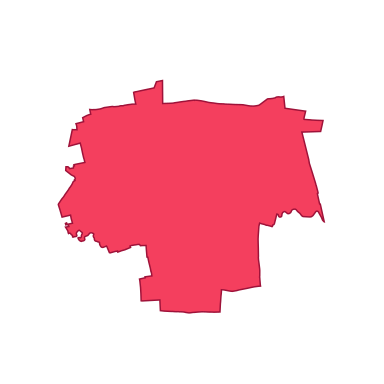 Andrieseni, Iasi, Romania (Albers equal-area conic projection), rotated 291°
{"feature_id": "2599482B25328150396087", "entity_name": "Andrieseni", "entity_type": "district", "adm_level": 2, "iso_a3": "ROU", "parent_name": "Romania", "parent_adm1": "Iasi", "projection": "albers", "projection_center": [27.294, 47.519], "detail": "fine", "context": "isolated", "style": "filled", "palette": "rose", "viewbox_px": 384, "rotation_deg": 291, "n_neighbors": 0, "source": "geoboundaries", "source_scale": "gbopen_adm2", "svg_char_len": 5961}
<svg xmlns="http://www.w3.org/2000/svg" viewBox="0 0 384 384"><g transform="rotate(291 192 192)"><path d="M232.4,67.0L228.3,69.6L227.4,68.3L225.5,66.2L222.2,63.3L218.8,65.6L214.2,59.2L212.6,60.5L211.9,60.9L208.9,62.3L208.4,60.8L207.7,59.1L207.5,58.6L207.4,57.9L190.6,60.6L197.6,70.1L193.6,73.0L189.2,75.8L185.2,78.5L183.7,79.7L181.2,81.4L176.4,73.8L175.6,72.6L175.1,72.0L174.2,72.8L173.7,72.1L171.9,72.7L169.9,69.2L170.7,68.5L171.1,67.1L170.4,65.3L166.8,66.4L164.7,73.2L164.4,76.2L164.3,76.6L163.8,77.3L162.9,78.2L162.7,78.2L162.0,78.2L161.6,78.1L161.2,77.9L160.7,78.6L160.4,78.3L159.6,77.7L159.0,77.4L157.0,77.3L155.4,77.1L152.4,76.4L152.0,76.2L149.6,75.8L144.3,74.4L141.6,73.9L139.0,73.0L138.5,72.9L137.4,72.6L135.9,72.3L133.2,71.7L132.6,71.6L131.8,72.1L128.2,75.0L122.0,79.7L126.9,86.9L123.8,88.8L121.4,90.6L120.0,91.6L117.7,88.1L117.1,87.0L118.2,86.0L117.3,85.1L116.1,86.0L117.1,87.3L117.4,87.7L116.5,88.4L116.6,88.6L115.6,89.4L113.9,86.5L111.2,90.0L109.6,91.0L109.0,91.6L109.5,92.0L109.7,92.5L109.8,92.8L109.8,93.2L109.6,93.6L108.9,94.7L108.7,95.6L108.5,96.0L108.1,96.3L107.5,96.5L107.3,96.6L107.2,96.9L107.2,97.1L107.4,97.3L108.2,98.4L109.0,99.8L109.4,100.1L109.9,100.2L110.3,100.0L111.3,99.1L112.1,98.8L112.9,98.8L114.8,99.5L115.3,99.8L115.6,100.1L115.8,100.4L115.9,100.7L115.8,101.0L115.7,101.3L115.3,102.2L115.0,103.4L114.8,103.9L114.6,104.2L113.9,104.4L112.3,104.3L111.8,104.3L110.9,104.6L110.4,104.7L109.8,104.6L109.5,104.5L109.3,104.4L109.2,104.1L109.2,103.3L108.8,102.6L108.7,102.3L108.5,102.1L108.2,102.1L107.8,102.4L107.1,103.2L106.7,103.8L106.4,104.5L106.2,105.4L106.2,106.2L106.3,106.5L106.8,107.0L107.4,108.0L107.8,108.4L108.1,108.7L108.6,108.9L109.2,109.0L109.5,108.8L110.5,108.2L110.9,108.0L111.3,107.9L111.7,107.9L112.2,108.2L114.0,110.2L114.6,110.5L116.2,111.0L117.0,111.4L117.5,111.9L117.8,112.5L117.9,113.0L118.0,113.5L117.9,114.3L117.9,114.7L117.8,115.0L117.5,115.4L115.9,115.5L115.5,115.6L115.1,115.9L114.6,116.3L114.0,117.2L113.7,117.4L112.5,118.0L112.0,118.5L111.7,119.1L111.6,119.6L111.8,120.7L111.7,121.9L111.9,123.2L111.6,123.8L110.5,124.3L110.0,124.6L109.5,125.1L109.1,125.5L108.5,126.3L108.1,127.1L108.1,128.0L108.2,128.3L108.5,128.9L110.3,130.9L110.9,131.6L110.6,132.0L106.2,136.2L105.8,136.6L105.8,137.1L105.9,137.5L109.0,141.6L109.8,143.1L110.2,143.7L109.3,144.3L111.8,147.1L113.0,148.7L114.1,150.2L114.9,150.9L114.9,151.0L118.2,154.5L119.3,153.5L120.3,154.5L121.4,156.4L122.0,157.3L122.0,157.5L122.3,157.9L122.6,158.6L122.9,159.0L123.5,160.0L124.2,161.5L123.8,162.6L123.4,163.1L124.2,164.8L125.6,168.3L121.7,170.1L115.1,173.3L115.3,174.1L111.4,176.6L105.8,180.5L103.0,182.2L103.1,182.4L101.5,183.4L99.3,184.6L96.0,178.6L95.7,178.9L95.2,179.1L92.6,175.2L91.9,174.2L91.3,174.6L90.1,175.3L84.4,178.2L79.1,180.6L72.2,183.5L72.4,184.3L72.9,185.5L79.7,200.7L69.9,205.0L70.9,208.8L73.1,215.6L73.5,216.6L74.2,219.0L74.7,220.4L75.5,222.4L75.7,223.4L75.9,223.8L76.5,225.5L76.9,226.8L77.2,228.2L77.3,229.2L78.0,232.3L78.6,233.7L79.9,236.0L80.5,237.4L81.9,240.2L83.8,244.3L85.1,248.0L85.6,249.6L86.0,250.8L87.2,254.0L87.7,255.6L89.0,258.7L90.0,261.1L98.0,258.5L99.5,258.1L105.0,256.4L107.3,255.8L109.4,255.2L111.3,254.5L112.0,256.7L112.5,259.5L112.8,261.2L113.3,263.8L113.5,264.5L113.8,265.4L116.0,269.1L117.3,270.8L121.7,277.8L124.4,281.9L125.9,284.3L127.9,288.0L128.7,289.7L130.1,288.9L132.6,287.7L135.5,286.3L136.1,286.1L136.7,285.6L137.7,285.4L143.0,283.4L144.7,282.6L149.4,280.1L152.7,278.3L154.9,277.3L155.7,277.1L163.4,274.0L168.7,271.8L171.9,270.5L174.9,269.5L184.1,266.7L187.2,266.3L187.3,268.6L187.7,271.5L187.6,272.1L187.6,273.2L187.7,273.7L187.9,274.1L188.0,274.8L188.3,277.7L188.4,278.6L188.3,279.1L188.5,279.3L189.2,279.4L190.0,279.2L190.8,280.0L191.1,280.1L191.8,280.3L201.8,279.1L201.9,279.6L201.9,279.9L201.8,280.4L201.6,280.7L200.8,281.2L200.4,281.7L200.1,282.2L200.0,282.5L200.1,282.9L200.2,283.3L200.7,284.0L201.3,284.3L201.7,284.4L202.8,284.1L204.2,283.9L205.3,284.0L205.9,284.4L206.6,284.9L206.9,285.5L207.0,286.1L206.8,286.8L206.4,288.0L206.1,288.9L206.2,289.5L206.5,290.2L207.3,290.9L208.0,291.4L208.9,291.6L210.3,291.6L211.0,291.8L211.7,292.3L212.3,293.0L212.8,294.0L213.0,294.7L212.8,295.7L211.7,297.5L210.7,300.5L210.0,301.6L209.3,302.7L208.9,303.8L208.9,304.6L210.6,309.9L211.2,311.5L211.7,312.3L212.1,312.6L213.4,313.4L217.8,314.6L218.3,314.8L218.7,315.1L218.9,315.5L219.0,316.0L219.0,316.4L218.8,317.0L217.1,319.0L214.8,321.8L212.6,323.9L212.2,324.6L211.6,325.8L211.6,326.1L226.7,316.1L226.6,315.4L234.3,310.3L235.3,309.7L235.6,309.6L236.2,310.1L237.6,309.2L242.5,305.7L243.1,305.1L244.2,304.4L249.7,300.1L252.9,297.6L260.8,291.3L264.2,289.3L287.3,273.1L294.6,290.4L300.8,289.5L305.7,288.7L303.9,283.5L302.1,278.0L301.8,276.8L301.7,276.4L300.0,270.8L300.0,270.6L300.3,270.3L301.6,270.0L308.2,269.1L308.0,268.4L303.8,250.1L303.5,248.8L314.1,243.4L313.4,242.6L313.0,241.9L312.5,241.0L312.3,240.3L311.9,238.8L311.6,238.1L311.3,237.6L310.8,236.7L309.5,235.7L309.3,235.3L308.3,233.8L307.3,231.9L306.2,229.5L305.9,229.1L305.5,228.8L299.4,225.0L297.4,223.7L296.7,223.0L295.9,221.7L295.3,220.7L294.3,218.8L293.7,217.1L293.2,215.6L292.8,213.9L292.0,209.8L291.8,208.7L291.3,207.0L289.0,200.6L287.2,195.1L286.1,192.0L285.5,189.7L284.5,186.9L284.0,185.3L283.6,183.8L282.8,180.2L282.3,178.4L281.6,175.5L281.0,171.2L280.5,168.3L280.3,167.4L279.5,164.0L279.0,162.5L278.8,161.9L278.5,161.5L278.6,161.4L278.6,161.2L275.5,155.3L274.2,153.1L273.7,152.0L271.8,148.6L270.4,146.2L269.2,144.0L268.7,143.3L268.0,142.1L266.6,138.9L264.1,132.9L268.2,131.3L280.4,126.5L285.5,124.5L282.2,119.3L278.4,119.3L275.6,119.3L273.1,115.5L272.1,113.9L265.1,103.1L264.8,102.6L264.1,101.8L258.0,105.4L253.9,108.0L253.3,106.5L252.6,104.7L251.9,103.5L250.7,101.2L248.5,97.5L247.9,96.9L247.7,96.5L247.2,95.1L246.7,94.1L246.4,93.7L245.8,93.0L244.2,89.8L243.6,88.4L243.4,87.2L242.9,86.2L239.4,79.9L239.0,79.4L237.3,77.4L236.5,76.3L234.9,73.5L234.2,72.1L233.5,70.3L233.0,69.2L232.4,67.0Z" fill="#f43f5e" stroke="#9f1239" stroke-width="1.5"/></g></svg>